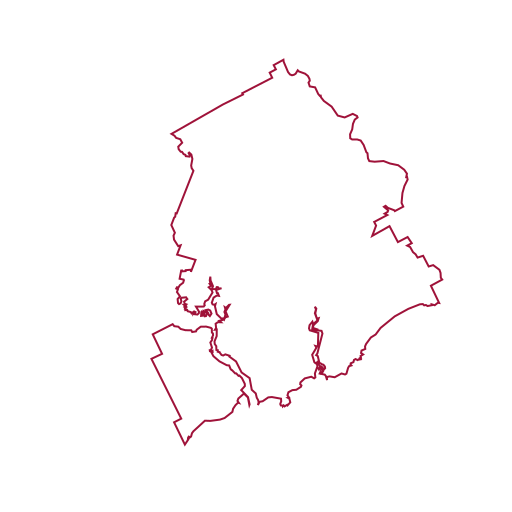 Devonport, Tasmania, Australia, rotated 143°
{"feature_id": "25037944B44278737612916", "entity_name": "Devonport", "entity_type": "district", "adm_level": 2, "iso_a3": "AUS", "parent_name": "Australia", "parent_adm1": "Tasmania", "projection": "robinson", "projection_center": [146.333, -41.213], "detail": "fine", "context": "isolated", "style": "outline", "palette": "rose", "viewbox_px": 512, "rotation_deg": 143, "n_neighbors": 0, "source": "geoboundaries", "source_scale": "gbopen_adm2", "svg_char_len": 6158}
<svg xmlns="http://www.w3.org/2000/svg" viewBox="0 0 512 512"><g transform="rotate(143 256 256)"><path d="M108.7,206.8L107.8,210.8L101.1,218.2L95.3,222.6L88.9,225.8L87.7,228.4L88.4,228.7L85.9,230.9L85.7,235.7L87.8,242.9L93.3,249.2L97.0,255.1L104.5,259.9L108.4,263.6L107.8,266.6L105.1,271.0L105.4,272.5L103.2,279.9L102.9,285.2L105.0,288.1L109.1,291.2L109.9,293.3L107.6,296.6L103.0,299.2L99.0,303.2L95.0,305.5L91.5,305.5L91.1,307.0L93.2,311.3L101.8,313.3L106.2,318.9L105.7,329.8L108.5,339.0L108.6,343.5L107.8,345.2L108.5,345.7L108.6,344.5L108.8,348.0L107.3,355.1L111.0,359.1L109.7,362.9L107.6,363.6L106.7,365.3L106.2,368.6L107.1,372.1L110.7,377.6L110.9,379.2L114.7,377.7L116.7,377.9L118.5,378.7L119.6,380.5L119.7,383.6L117.0,394.5L116.0,396.2L127.0,397.8L127.8,393.1L134.7,394.2L135.8,388.6L169.0,394.3L169.2,392.8L191.1,396.9L250.0,404.4L248.7,401.1L248.7,398.4L246.2,394.8L246.8,390.9L252.3,390.1L253.5,387.8L253.4,384.6L252.4,383.7L252.5,380.9L251.5,379.3L252.0,378.0L249.3,375.4L248.2,376.2L247.9,378.7L247.1,378.8L246.6,375.9L248.4,371.8L253.3,367.3L254.5,364.9L254.7,361.7L293.7,337.7L294.4,338.5L296.9,336.0L298.3,335.9L305.0,331.7L306.8,323.4L309.6,321.9L311.6,318.4L312.2,310.7L309.8,309.9L318.2,304.6L306.6,289.3L317.5,282.5L316.2,284.2L320.7,287.0L321.3,286.3L324.4,288.3L323.9,289.0L324.5,289.4L330.7,283.8L328.0,280.7L328.2,280.0L330.3,278.5L334.4,278.5L337.0,277.5L337.9,278.6L339.3,278.0L338.4,276.4L340.8,274.8L341.0,269.5L344.5,268.8L346.6,265.3L346.4,263.9L344.8,263.6L342.9,264.6L341.8,267.2L340.5,267.4L336.7,265.1L336.9,263.1L335.8,263.0L340.9,262.8L341.7,260.8L340.8,259.4L342.0,259.4L342.3,256.2L342.1,259.7L342.9,260.3L342.7,259.1L343.3,258.8L342.7,258.5L343.5,257.7L343.0,257.6L344.6,256.5L344.0,255.7L344.8,255.2L343.4,254.3L343.8,253.0L341.8,250.5L342.0,249.0L340.0,249.0L340.7,248.0L338.7,248.8L338.1,247.6L340.1,246.5L338.0,244.5L336.1,244.7L335.0,245.9L334.4,251.7L328.2,247.1L326.6,247.5L326.2,248.8L323.9,250.4L320.5,249.9L312.7,253.0L312.0,255.3L312.6,259.5L309.7,259.2L309.8,261.7L309.0,261.5L307.6,264.4L304.9,267.0L307.0,263.8L308.5,257.8L310.4,256.7L310.3,255.4L308.0,253.7L306.1,254.8L305.2,254.1L305.1,252.1L302.9,251.0L308.3,252.9L309.5,250.0L308.8,249.3L309.6,246.5L311.0,248.0L314.9,248.3L319.4,245.3L319.8,243.5L318.7,242.1L317.2,242.0L319.0,240.6L322.3,233.2L321.3,226.8L319.3,225.7L319.4,224.7L315.6,227.7L314.9,230.3L312.5,231.8L311.7,233.8L311.3,232.6L306.9,233.2L306.4,232.9L313.6,230.1L315.0,224.6L317.3,225.4L320.0,224.5L324.3,226.3L323.9,224.2L326.3,226.1L329.0,226.2L331.2,222.5L333.1,221.8L331.6,220.9L335.6,215.7L340.5,212.8L341.9,210.6L342.0,207.9L344.2,204.8L343.2,203.7L344.2,202.6L343.0,201.1L343.6,200.4L343.1,200.6L343.1,197.7L342.1,196.3L339.7,195.9L337.1,192.2L337.8,191.7L335.4,183.8L337.6,171.7L334.6,162.3L339.9,151.7L338.9,146.4L340.7,142.3L341.0,139.7L341.9,137.6L344.2,135.8L340.9,137.4L338.1,136.0L331.3,135.7L328.2,133.8L321.9,127.0L323.3,124.8L325.7,123.2L326.1,121.7L324.6,120.4L324.9,119.9L323.8,120.1L323.7,118.7L320.7,118.4L320.7,117.7L316.7,118.5L315.2,122.0L315.9,123.6L314.8,123.2L314.7,125.8L312.1,127.7L307.7,127.0L304.3,124.9L298.8,124.5L297.6,125.3L297.9,127.0L296.6,128.3L290.7,128.9L284.5,126.3L283.2,123.3L281.7,123.3L279.6,126.8L271.5,132.1L270.7,133.9L272.4,133.0L271.8,134.4L273.0,134.5L273.3,136.1L270.6,143.3L263.0,146.4L262.7,148.4L261.7,147.0L260.3,147.4L252.5,157.1L257.8,164.3L257.2,166.3L254.9,168.5L250.5,169.6L251.4,167.3L245.7,167.5L243.4,174.9L240.3,177.2L239.5,180.1L239.5,177.7L243.1,174.6L244.7,170.4L244.4,168.9L243.4,168.6L245.9,166.8L251.3,166.2L253.4,165.0L253.4,163.7L252.1,161.8L253.1,162.1L253.2,161.0L251.8,159.8L251.6,161.1L250.8,158.8L248.7,156.8L249.6,154.1L265.7,141.2L267.6,140.6L266.9,138.9L270.0,131.8L269.0,131.4L268.3,128.8L268.3,129.6L267.6,128.6L267.5,126.3L268.3,124.8L272.8,123.9L272.3,123.4L273.3,123.0L274.9,123.0L274.6,124.5L275.9,123.8L272.5,119.9L272.4,118.3L273.9,114.1L272.3,116.7L269.7,115.6L266.1,111.8L258.4,110.7L256.2,107.8L254.6,107.6L249.8,111.2L248.0,112.0L245.7,111.2L245.8,112.5L244.9,113.3L242.1,112.6L240.3,114.0L238.5,113.8L237.5,111.7L235.2,111.6L235.5,111.0L234.5,110.5L234.3,111.8L233.5,111.4L232.7,113.2L229.7,112.9L230.5,115.3L228.6,117.0L224.7,116.0L223.3,118.2L221.0,119.5L213.3,121.8L207.7,121.3L199.8,123.6L181.5,124.3L166.1,122.1L154.2,118.8L151.7,117.2L151.4,115.4L149.8,114.6L149.1,112.8L145.2,110.9L144.8,111.7L142.9,109.1L138.9,109.2L138.0,108.3L134.2,127.0L121.5,125.1L121.5,127.4L118.8,131.4L117.8,134.6L120.0,142.1L124.4,143.7L122.4,155.6L127.9,157.5L127.5,161.3L128.3,164.6L127.5,170.4L129.0,173.3L123.9,172.5L123.5,179.9L134.3,181.7L131.4,199.5L151.1,202.1L141.8,208.0L141.1,212.1L126.5,209.7L127.8,212.4L124.3,212.0L123.0,212.9L124.2,218.3L122.3,218.1L121.7,215.1L118.0,209.2L118.1,208.3L108.7,206.8ZM426.3,148.2L420.3,150.3L419.9,150.6L420.2,151.1L419.8,151.6L417.6,152.6L420.1,150.9L416.5,150.9L413.8,153.0L411.5,153.7L395.9,155.2L391.7,151.8L383.2,147.0L378.6,145.5L368.7,145.7L366.2,147.8L362.2,149.2L358.6,149.7L358.1,149.0L358.0,151.4L355.9,152.8L348.4,153.4L347.6,147.9L351.0,141.0L350.4,141.4L347.3,148.1L348.5,157.8L343.2,158.8L341.9,160.6L340.7,167.1L341.2,170.5L342.1,170.8L342.4,174.1L343.3,174.8L343.9,179.8L344.1,179.1L344.3,181.1L343.3,184.7L345.1,186.4L348.6,193.9L350.3,201.6L349.7,205.3L348.6,205.2L347.8,206.4L349.6,206.8L350.1,207.7L349.6,208.6L348.7,208.1L346.3,209.3L344.5,214.4L341.8,215.3L340.1,216.7L340.5,217.2L338.0,218.5L337.0,220.1L337.3,221.4L335.0,224.6L335.3,225.8L338.3,229.6L342.7,232.8L347.7,232.8L349.3,231.9L352.7,233.7L352.4,235.6L357.0,239.2L360.1,243.1L360.6,246.3L363.5,249.1L363.6,251.7L385.6,255.6L389.9,234.4L401.4,236.8L413.6,171.1L421.5,172.5L426.3,148.2ZM328.5,239.2L329.2,237.3L329.0,235.8L326.2,236.8L325.4,240.0L326.3,241.9L328.6,243.0L328.5,239.2ZM329.6,240.9L330.8,243.4L333.2,238.7L332.1,238.1L330.2,239.2L329.6,240.9ZM269.8,126.8L271.1,129.7L271.8,128.7L273.8,128.6L274.0,127.4L271.8,127.8L271.2,126.9L272.0,126.1L270.2,126.1L269.8,126.8ZM332.6,244.3L333.3,244.2L335.9,241.2L334.1,240.2L332.4,243.3L332.6,244.3ZM253.6,165.2L255.5,163.4L253.7,161.8L253.1,162.4L253.7,164.1L253.6,165.2Z" fill="none" stroke="#9f1239" stroke-width="2"/></g></svg>